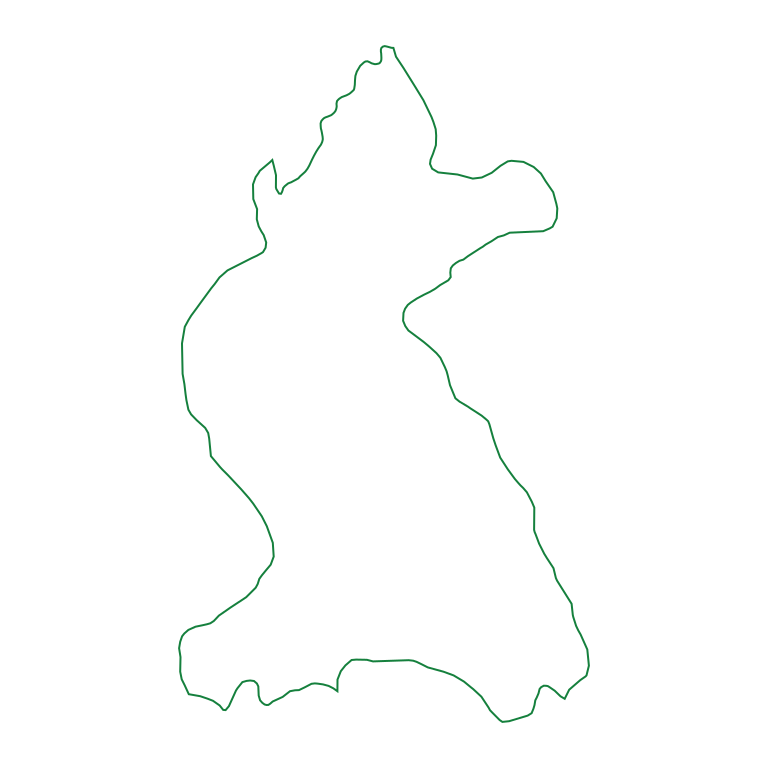 Rabinal, Baja Verapaz, Guatemala (Albers equal-area conic projection)
{"feature_id": "79465075B87613469920283", "entity_name": "Rabinal", "entity_type": "district", "adm_level": 2, "iso_a3": "GTM", "parent_name": "Guatemala", "parent_adm1": "Baja Verapaz", "projection": "albers", "projection_center": [-90.508, 15.131], "detail": "fine", "context": "isolated", "style": "outline", "palette": "green", "viewbox_px": 768, "rotation_deg": 0, "n_neighbors": 0, "source": "geoboundaries", "source_scale": "gbopen_adm2", "svg_char_len": 4310}
<svg xmlns="http://www.w3.org/2000/svg" viewBox="0 0 768 768"><path d="M272.3,160.0L269.9,162.3L259.8,170.8L258.4,173.2L255.6,177.2L253.0,184.4L253.3,199.1L257.1,209.1L256.8,219.3L258.7,226.4L261.3,231.3L263.7,235.1L266.2,242.5L265.6,247.7L263.0,252.1L261.5,253.1L259.7,254.1L256.9,255.7L251.5,258.2L227.5,270.4L219.5,277.4L214.7,284.0L211.2,288.3L207.4,293.5L201.3,301.8L196.3,308.7L191.2,315.6L188.5,320.0L184.8,326.8L182.0,343.4L182.6,373.9L184.4,384.1L185.5,393.6L186.4,400.1L188.4,409.7L191.1,414.4L196.7,420.2L205.2,427.9L208.2,433.0L209.2,438.6L210.9,456.1L220.0,467.0L222.3,469.5L228.2,475.4L241.2,489.3L249.0,498.2L253.2,503.6L261.8,516.3L266.8,526.2L272.8,542.8L273.7,556.6L270.7,564.7L265.9,570.4L261.8,575.4L259.3,578.9L257.7,584.0L255.7,587.7L246.2,597.2L230.4,607.6L218.9,615.6L213.8,621.0L210.3,623.3L206.8,624.3L202.3,625.3L195.5,626.7L188.4,629.9L184.3,633.5L182.1,636.3L180.2,641.8L179.1,648.2L180.5,657.1L180.2,671.7L181.7,679.3L184.6,685.1L188.8,694.2L200.2,696.2L207.6,698.7L213.0,700.8L219.7,705.5L223.2,709.9L225.6,710.1L228.9,706.2L236.0,690.5L237.5,688.2L242.4,682.1L246.6,680.9L250.2,680.5L254.0,681.0L256.9,683.5L258.3,686.4L258.7,695.6L260.1,700.3L262.3,702.8L264.6,704.5L266.6,705.0L268.4,704.9L270.3,703.6L272.7,701.5L282.7,696.9L290.0,691.2L294.9,690.3L299.0,690.1L304.6,687.4L311.5,683.8L314.8,683.4L317.5,683.6L323.0,684.4L328.6,685.9L333.3,688.3L337.4,691.2L337.5,679.6L340.8,671.2L345.4,665.4L351.6,660.0L356.1,659.6L366.9,659.8L373.0,661.4L408.7,660.2L413.2,660.7L416.5,661.8L421.5,664.2L427.8,667.4L443.5,671.7L453.6,675.4L464.0,681.6L470.8,687.2L473.2,689.1L481.4,696.7L488.6,707.6L490.0,710.2L492.1,712.4L499.6,720.0L502.4,721.9L509.1,721.2L527.7,715.6L531.6,713.2L533.4,708.8L534.5,705.1L535.3,700.3L536.7,697.6L538.5,693.4L539.6,689.0L541.1,687.2L543.8,685.7L546.2,685.8L547.8,686.1L549.3,687.0L554.7,690.7L560.5,696.3L564.7,698.8L569.2,689.7L580.3,680.1L585.6,676.4L586.5,675.4L588.9,665.7L587.3,649.5L580.6,634.5L578.3,630.5L576.1,625.9L573.3,617.1L572.8,615.0L571.6,603.8L557.1,580.7L555.9,578.1L553.5,568.2L546.7,557.8L545.8,556.3L544.3,553.9L539.1,543.6L535.5,534.0L534.7,532.2L534.1,529.9L534.3,507.6L531.8,501.7L526.9,492.3L523.1,487.9L520.5,485.4L518.6,483.3L514.9,479.0L507.8,469.3L500.2,457.6L495.6,445.2L493.3,438.3L489.4,424.3L488.2,421.3L486.3,419.5L481.6,415.6L472.8,409.9L470.3,408.3L468.2,406.8L459.5,401.6L455.4,398.3L450.0,385.2L447.7,375.3L446.6,371.3L444.9,367.2L440.4,357.8L436.5,353.2L429.0,346.4L424.0,342.2L408.4,330.5L405.3,326.1L403.1,320.8L403.5,312.9L405.1,308.7L407.8,304.9L410.8,302.5L416.9,298.5L424.0,294.7L429.8,291.9L435.3,288.7L440.1,285.1L448.3,280.3L450.7,277.1L450.3,272.6L450.8,268.3L452.8,265.5L455.9,263.0L459.5,260.8L463.4,259.6L467.9,256.2L480.4,248.1L482.7,246.8L485.6,244.6L491.4,241.3L497.9,237.0L503.8,235.4L509.7,232.7L543.2,231.2L549.7,228.4L552.6,226.7L556.7,218.3L557.3,208.4L556.4,204.0L553.2,192.2L545.7,181.3L540.9,173.5L533.7,167.0L523.5,161.9L511.5,160.8L507.7,161.4L500.5,165.8L491.7,172.8L481.8,177.5L472.8,178.6L457.5,174.5L438.2,172.4L432.1,168.7L430.0,163.9L430.6,159.7L433.0,153.8L435.9,145.2L436.2,135.7L435.7,129.2L433.4,121.9L431.5,117.0L423.4,100.2L415.0,86.5L403.3,67.7L396.0,56.7L393.4,47.9L391.4,47.8L389.3,47.2L387.1,46.6L384.7,46.1L382.9,46.6L381.4,47.9L380.9,49.5L380.9,51.7L381.2,53.6L381.4,57.9L381.3,60.0L380.9,61.3L379.9,62.8L378.9,63.5L377.6,63.8L376.1,64.1L374.5,64.1L371.6,63.3L369.6,62.2L367.5,61.3L365.4,61.5L363.8,62.5L362.3,63.9L360.2,65.8L356.8,71.6L355.4,75.9L355.0,80.3L354.8,84.9L354.2,88.8L353.7,90.0L351.9,91.7L350.4,93.0L349.2,93.9L346.5,95.3L341.7,97.1L339.3,98.7L338.2,99.7L337.0,101.1L336.5,103.7L336.7,106.3L336.5,107.8L336.1,109.4L335.3,111.2L334.0,112.8L332.2,114.4L331.1,115.2L329.4,115.9L327.7,116.6L325.4,117.4L323.8,118.3L322.5,119.6L321.3,121.1L320.6,123.4L320.7,126.2L320.9,128.6L321.3,129.9L321.8,132.2L322.6,136.7L322.8,139.1L322.6,140.3L322.2,141.9L321.5,143.5L320.8,144.9L319.6,146.5L318.2,148.5L316.2,151.7L314.0,155.7L312.0,159.7L309.3,165.5L307.5,168.7L305.3,171.6L303.6,173.2L300.1,176.3L298.4,178.3L295.6,179.9L293.7,180.9L291.1,182.3L289.1,183.0L288.0,183.5L284.7,186.2L283.2,188.0L282.6,190.3L281.9,192.2L281.0,193.8L279.0,193.5L277.2,190.5L276.3,189.0L275.9,187.4L276.0,175.2L273.8,165.8L272.3,160.0Z" fill="none" stroke="#15803d" stroke-width="2"/></svg>